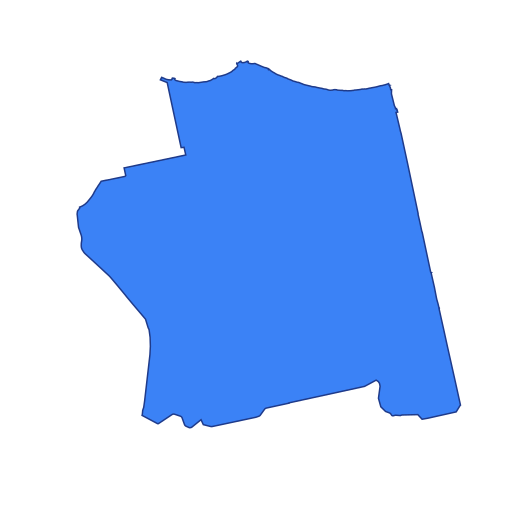 the district of Kwinana, Western Australia, Australia, rotated 78°
{"feature_id": "25037944B63650800772080", "entity_name": "Kwinana", "entity_type": "district", "adm_level": 2, "iso_a3": "AUS", "parent_name": "Australia", "parent_adm1": "Western Australia", "projection": "orthographic", "projection_center": [115.805, -32.234], "detail": "fine", "context": "isolated", "style": "filled", "palette": "blue", "viewbox_px": 512, "rotation_deg": 78, "n_neighbors": 0, "source": "geoboundaries", "source_scale": "gbopen_adm2", "svg_char_len": 5739}
<svg xmlns="http://www.w3.org/2000/svg" viewBox="0 0 512 512"><g transform="rotate(78 256 256)"><path d="M114.9,90.5L115.1,91.5L115.3,93.5L115.4,94.3L115.4,95.5L115.5,96.8L115.5,97.4L115.4,98.3L115.4,99.6L115.6,102.8L115.6,104.9L115.5,107.3L115.5,108.3L115.5,109.4L115.4,110.4L115.5,111.4L115.5,112.2L115.5,113.1L115.5,113.8L115.1,115.5L115.1,116.1L115.0,116.9L114.7,117.5L114.8,117.8L114.8,118.1L114.8,119.3L114.7,120.8L114.6,121.7L114.5,123.0L114.2,125.2L114.3,126.2L114.1,127.6L114.1,128.2L113.9,129.6L113.6,131.3L113.4,132.3L112.9,133.8L112.7,135.1L112.4,136.2L112.0,136.9L111.8,137.4L111.8,137.8L111.7,138.3L110.6,142.1L110.2,142.4L109.6,144.4L109.6,144.7L109.5,145.6L109.6,146.5L109.5,147.5L109.4,148.5L109.2,149.4L109.0,149.8L108.8,150.4L108.2,151.4L107.7,152.2L107.3,153.1L106.8,154.6L106.5,155.3L105.7,156.7L105.5,157.3L104.9,158.8L104.2,160.4L103.7,161.6L103.2,162.4L102.8,163.4L102.6,164.1L102.2,165.3L101.9,166.2L101.1,167.5L100.8,168.2L99.9,170.1L98.9,172.2L98.2,173.6L97.1,175.1L96.5,176.1L95.5,177.5L94.9,178.6L94.7,179.3L94.4,180.0L93.7,181.0L93.5,181.5L93.1,182.2L92.6,183.3L91.1,185.2L90.6,186.0L89.4,187.9L89.1,188.2L88.6,188.7L88.2,189.4L87.8,189.9L87.7,190.4L87.4,190.8L87.0,191.4L86.6,192.0L85.8,192.9L85.1,194.2L84.3,195.3L83.5,196.7L82.5,198.1L81.5,199.2L80.7,200.0L79.7,201.2L79.0,201.9L78.1,202.8L77.2,203.5L76.2,204.1L76.4,204.6L76.4,205.1L76.2,205.2L75.8,205.0L75.3,205.0L75.0,205.4L74.5,206.3L74.0,207.0L73.4,208.5L71.4,211.5L70.3,213.0L69.7,213.9L69.2,214.5L68.4,215.8L68.0,216.2L67.7,216.6L67.4,217.3L67.4,218.0L67.2,219.5L66.9,220.8L66.2,222.4L65.9,222.9L65.3,223.5L65.0,223.6L64.8,223.5L64.5,223.2L64.2,223.2L64.0,223.3L63.7,223.7L63.6,224.0L63.7,224.3L64.1,225.4L64.2,226.1L64.3,227.1L64.3,227.6L64.1,229.0L63.7,229.8L63.5,230.1L63.1,230.2L62.6,230.2L62.3,230.3L62.2,230.5L62.6,231.3L62.8,231.9L63.1,232.5L63.7,234.2L63.8,234.7L63.6,234.8L63.8,234.9L64.3,234.8L65.0,234.5L65.9,234.4L66.4,234.5L66.8,234.8L67.0,235.0L67.4,235.8L67.6,236.2L68.0,236.9L68.1,237.2L68.8,237.8L69.0,238.1L69.4,239.2L69.8,240.2L70.3,240.9L70.6,241.6L70.8,241.9L70.9,242.5L71.1,243.1L71.3,243.6L71.4,244.3L71.6,244.9L72.1,247.1L72.2,247.8L72.4,249.3L72.4,249.9L72.5,250.8L72.6,252.1L72.6,255.0L72.5,255.5L72.3,256.0L72.4,256.4L72.6,256.5L72.8,256.8L73.2,257.4L73.6,258.1L73.9,258.8L73.9,259.2L73.9,259.7L73.8,260.0L73.5,260.4L73.5,260.6L73.9,261.3L74.2,262.1L74.9,264.3L74.9,264.9L74.9,265.6L75.2,267.7L75.2,268.3L74.8,271.2L74.7,273.2L74.5,276.5L74.1,277.7L74.0,278.3L73.9,278.9L73.8,279.6L73.6,280.2L73.3,280.5L73.2,280.8L72.9,281.4L72.7,281.8L72.7,282.1L72.6,282.5L72.6,283.1L72.5,283.5L72.4,283.8L72.2,284.5L72.0,285.4L71.7,287.4L71.7,288.1L71.1,290.3L70.8,291.2L70.5,291.6L70.2,292.2L69.7,293.6L69.3,294.6L68.9,295.4L68.1,297.0L67.7,297.8L67.3,298.3L66.8,298.6L66.3,298.8L65.9,298.7L65.6,298.4L65.5,298.5L65.4,298.6L65.1,299.2L65.0,299.6L64.8,300.0L64.6,300.5L64.6,300.9L64.7,301.0L64.8,301.1L65.1,301.0L65.3,301.0L65.9,301.9L66.1,302.2L66.1,302.6L66.0,302.8L65.8,303.6L65.6,304.5L64.7,306.7L64.4,307.2L64.1,307.7L63.0,309.1L62.5,309.8L62.4,310.3L61.7,310.9L61.6,311.1L63.8,312.9L67.9,306.8L82.4,306.8L86.1,306.8L134.4,306.7L134.6,305.3L134.7,303.8L142.6,303.7L142.4,366.7L150.3,366.7L150.9,367.6L150.8,387.0L150.7,387.0L150.7,391.6L150.7,391.9L153.3,394.5L154.3,395.6L155.8,397.0L157.8,399.1L158.2,399.4L158.8,399.9L159.6,400.7L161.4,402.1L163.0,403.6L164.1,404.8L167.6,409.1L168.2,409.8L168.6,410.5L169.1,411.3L169.8,412.5L170.3,413.8L170.8,415.0L171.1,416.2L171.3,417.0L171.4,417.8L171.5,418.4L172.4,418.5L172.6,418.6L174.7,421.0L175.1,421.3L175.6,421.5L177.9,422.3L178.2,422.3L178.4,422.3L190.8,423.6L191.7,423.6L192.1,423.5L199.6,422.6L200.4,422.6L201.1,422.6L202.3,422.7L203.4,422.9L204.5,423.2L207.1,424.2L207.9,424.4L209.5,424.8L211.0,425.0L211.9,425.0L212.8,424.9L213.7,424.7L216.6,423.6L217.4,423.2L218.2,422.7L225.5,417.5L233.1,412.1L240.5,406.9L244.7,403.9L246.0,403.1L246.9,402.6L254.9,398.3L266.2,392.4L269.4,390.8L277.9,386.3L292.4,378.5L294.8,377.2L303.8,376.4L305.8,375.9L313.6,376.5L322.4,378.1L330.6,380.3L374.4,395.0L380.7,397.3L383.4,398.9L387.2,400.1L388.2,400.6L399.5,387.2L399.6,386.9L399.7,386.7L399.7,386.4L399.6,386.1L393.6,371.0L393.5,370.5L393.4,370.0L393.5,369.5L393.6,369.1L393.8,368.6L397.0,363.2L397.4,362.7L397.8,362.4L398.2,362.2L398.6,362.0L405.9,361.0L406.2,360.9L406.7,360.8L407.2,360.5L407.5,360.3L407.9,359.9L409.8,357.3L410.1,356.8L410.2,356.3L410.3,355.8L410.3,355.3L410.2,354.9L410.1,354.4L404.7,343.8L410.0,342.6L413.4,335.7L413.5,335.3L413.7,334.7L413.7,334.2L413.7,323.6L413.7,291.3L413.7,290.8L413.7,290.2L413.7,289.6L413.3,286.3L413.1,285.8L412.9,285.3L412.6,284.9L412.4,284.7L407.7,279.5L407.4,279.1L407.1,278.6L407.0,278.1L406.9,277.6L406.8,254.2L406.5,254.2L406.1,176.9L403.8,169.0L402.4,164.3L404.2,162.5L404.7,162.3L405.7,161.9L405.8,161.8L406.3,161.7L409.2,161.7L420.6,165.8L428.8,165.3L429.4,165.3L435.0,161.6L437.4,157.8L438.3,157.1L439.0,156.8L440.2,156.3L440.6,155.8L440.8,155.1L440.8,154.5L440.7,152.7L442.1,148.0L442.0,147.7L441.9,146.9L441.9,146.1L444.8,130.7L450.2,127.5L450.4,121.6L450.1,92.6L444.5,87.3L444.4,87.0L418.4,87.2L382.2,87.6L366.1,87.7L357.1,87.8L345.5,87.9L345.4,87.7L345.2,87.5L344.9,87.5L344.7,87.7L344.6,87.8L340.5,87.9L336.0,88.2L333.8,88.2L323.8,88.0L309.6,88.2L309.3,88.2L309.1,88.2L308.8,88.0L308.7,87.8L308.2,88.5L267.2,88.5L266.6,88.7L257.1,88.7L249.6,88.8L248.6,88.8L248.2,88.6L197.6,88.5L166.4,88.6L163.6,88.8L161.4,88.8L144.7,89.2L144.7,87.5L142.4,87.6L142.4,87.9L141.0,87.9L141.0,88.9L139.6,88.9L137.7,89.4L125.7,89.8L124.6,89.6L121.5,88.8L121.4,89.1L121.3,89.7L119.9,89.6L119.4,89.6L119.1,89.6L118.0,89.9L117.2,90.1L116.9,90.2L116.8,89.8L116.7,90.0L115.0,90.5L114.9,90.5Z" fill="#3b82f6" stroke="#1e3a8a" stroke-width="1.5"/></g></svg>